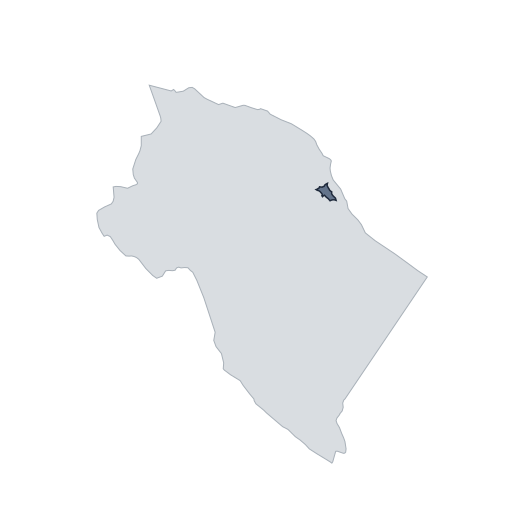 where Mbale sits in Uganda, rotated 304°
{"feature_id": "UGA-3115", "entity_name": "Mbale", "entity_type": "County", "adm_level": 1, "iso_a3": "UGA", "parent_name": "Uganda", "parent_adm1": "", "projection": "equal_earth", "projection_center": [34.184, 1.003], "detail": "fine", "context": "in_parent", "style": "filled", "palette": "slate", "viewbox_px": 512, "rotation_deg": 304, "n_neighbors": 0, "source": "natural_earth", "source_scale": "10m", "svg_char_len": 2875}
<svg xmlns="http://www.w3.org/2000/svg" viewBox="0 0 512 512"><g transform="rotate(304 256 256)"><path d="M334.4,409.7L329.2,409.7L320.7,409.7L312.1,409.7L303.6,409.7L295.0,409.7L286.5,409.7L278.0,409.7L269.4,409.7L260.9,409.7L252.4,409.7L243.8,409.7L235.3,409.7L226.7,409.7L218.2,409.7L209.7,409.7L201.1,409.7L192.6,409.7L187.6,409.7L186.5,409.6L185.8,409.3L182.6,410.1L179.3,412.9L175.7,414.1L172.0,413.7L171.5,414.0L169.6,413.9L166.8,413.7L164.3,414.4L162.4,416.9L160.4,421.2L156.9,426.1L154.2,430.4L151.9,433.5L146.5,438.5L143.6,440.0L142.2,439.8L141.3,438.8L139.6,432.4L138.6,431.3L128.3,434.7L126.7,434.7L126.8,432.7L126.1,417.5L125.9,408.1L127.3,402.3L128.1,395.6L128.2,389.6L130.1,379.5L129.4,373.5L131.8,352.3L132.5,348.8L133.4,338.6L135.0,335.4L136.3,334.2L138.1,327.9L141.5,317.8L143.8,312.6L143.3,301.3L143.7,293.6L144.2,291.9L149.3,289.0L155.8,281.9L158.5,273.6L162.4,268.2L169.9,264.8L170.0,264.7L192.3,236.0L202.7,220.6L207.2,212.6L207.3,209.8L208.2,206.1L206.4,203.1L204.2,200.5L203.5,198.1L201.7,196.8L199.0,196.9L197.2,195.1L195.2,191.6L193.2,189.4L186.9,189.6L182.0,186.1L182.1,181.2L184.0,171.7L187.7,160.7L187.9,157.7L187.4,155.2L186.5,152.9L184.9,150.8L183.3,148.1L184.5,140.3L186.9,132.6L188.8,128.7L190.6,124.4L190.1,120.9L187.4,119.1L188.8,115.7L191.8,109.9L197.5,104.0L202.5,100.1L205.8,100.0L212.3,103.2L218.2,106.9L221.4,107.0L225.3,105.5L233.4,99.0L235.4,101.0L237.8,105.0L240.3,111.6L245.4,114.6L247.9,116.6L249.6,117.3L250.6,116.7L252.6,111.6L254.9,108.7L259.2,105.2L268.8,102.4L275.6,101.5L278.5,100.9L283.3,99.2L291.0,94.0L298.5,100.8L306.7,102.1L314.6,102.0L317.0,100.0L318.4,98.4L326.7,87.2L337.9,72.0L345.4,93.4L348.0,94.6L347.6,96.5L347.0,98.3L351.9,103.5L357.9,106.2L360.1,108.8L360.3,111.7L358.3,124.2L358.6,127.7L360.6,140.3L364.2,143.1L367.4,155.7L373.8,161.1L374.7,162.6L376.2,168.7L378.2,175.4L379.7,177.0L380.7,177.4L382.6,184.5L381.5,188.5L383.0,200.6L385.4,211.5L386.0,224.5L386.1,230.2L386.0,233.7L385.4,238.6L384.3,241.4L382.2,244.2L379.9,248.6L378.0,253.3L376.7,255.6L377.7,262.6L377.4,264.4L376.9,265.3L374.0,266.4L370.3,268.2L368.0,270.1L364.8,273.6L362.2,277.5L358.8,288.8L353.1,297.6L352.2,300.5L346.8,305.8L344.4,312.2L342.9,320.2L340.9,325.9L336.3,333.7L335.3,346.0L335.4,370.7L334.3,398.7L334.4,409.7Z" fill="#d9dde1" stroke="#a8b0b8" stroke-width="1"/><path d="M345.3,272.8L345.2,271.2L344.7,270.1L344.7,268.7L345.6,269.4L346.6,269.7L347.7,270.3L348.9,270.0L349.5,271.3L350.2,272.5L351.0,272.8L351.7,273.5L352.4,273.5L353.1,273.3L354.7,273.8L356.2,274.6L354.3,275.4L353.1,277.4L352.5,278.9L351.7,280.3L351.5,281.6L351.6,282.8L349.9,283.9L349.3,285.2L348.9,286.6L348.4,289.5L346.9,291.3L346.4,289.5L345.5,288.2L344.4,287.2L343.2,286.5L343.9,284.0L344.1,281.2L344.4,280.0L344.7,278.8L343.6,278.2L342.4,278.0L342.8,276.9L343.8,276.8L344.5,275.8L345.3,272.8Z" fill="#64748b" stroke="#1e293b" stroke-width="1.5"/></g></svg>